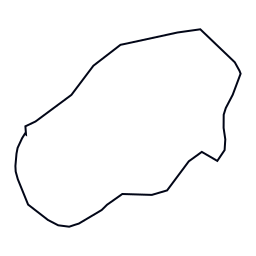 the border of Plav
{"feature_id": "MNE-1503", "entity_name": "Plav", "entity_type": "Municipality", "adm_level": 1, "iso_a3": "MNE", "parent_name": "Montenegro", "parent_adm1": "", "projection": "orthographic", "projection_center": [19.907, 42.587], "detail": "fine", "context": "isolated", "style": "outline", "palette": "ink", "viewbox_px": 256, "rotation_deg": 0, "n_neighbors": 0, "source": "natural_earth", "source_scale": "10m", "svg_char_len": 590}
<svg xmlns="http://www.w3.org/2000/svg" viewBox="0 0 256 256"><path d="M200.3,29.3L234.8,62.3L239.5,70.8L240.6,73.7L232.7,94.8L225.8,108.0L223.7,114.7L223.6,127.9L225.3,139.4L224.6,150.1L217.3,160.9L201.8,151.9L188.8,161.3L167.1,190.4L151.8,194.9L122.3,194.0L107.4,204.5L107.2,204.6L101.7,210.0L78.8,223.6L74.9,224.8L69.2,226.7L58.2,225.3L48.0,220.0L28.1,204.6L17.8,179.2L15.7,171.6L15.4,166.0L16.5,153.6L17.6,147.9L22.1,138.2L24.9,133.7L26.0,134.5L25.4,126.3L35.5,121.5L71.4,94.9L93.4,65.7L120.5,44.8L123.5,44.2L177.5,32.5L200.3,29.3Z" fill="none" stroke="#020617" stroke-width="2"/></svg>